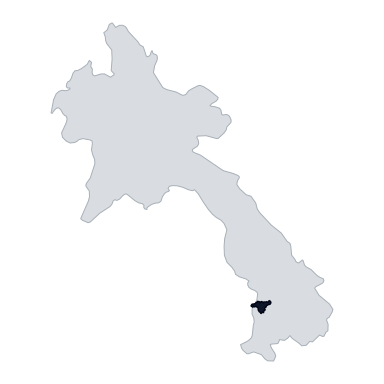 location of Sanasomboon, Champasak, Laos
{"feature_id": "54806243B13253322740036", "entity_name": "Sanasomboon", "entity_type": "district", "adm_level": 2, "iso_a3": "LAO", "parent_name": "Laos", "parent_adm1": "Champasak", "projection": "mercator", "projection_center": [105.689, 15.318], "detail": "fine", "context": "in_parent", "style": "filled", "palette": "ink", "viewbox_px": 384, "rotation_deg": 0, "n_neighbors": 0, "source": "geoboundaries", "source_scale": "gbopen_adm2", "svg_char_len": 6371}
<svg xmlns="http://www.w3.org/2000/svg" viewBox="0 0 384 384"><path d="M126.3,27.7L128.4,31.6L138.1,42.0L139.8,44.8L143.3,46.9L146.3,56.1L147.5,56.7L149.2,56.0L150.4,54.7L151.4,51.2L152.1,50.8L153.2,53.7L155.9,54.6L157.1,55.9L157.4,58.1L157.0,60.4L154.7,65.6L153.4,72.6L162.8,87.6L166.8,89.6L176.3,92.1L182.7,95.4L185.7,94.6L188.5,90.9L191.9,88.8L198.3,85.6L200.1,85.4L203.6,86.7L209.4,90.4L218.1,97.4L217.8,99.2L216.3,101.0L211.6,103.8L210.1,105.6L211.0,106.2L214.9,106.7L219.5,108.2L220.9,110.1L221.7,114.2L222.5,115.0L226.7,114.5L228.0,115.1L229.6,116.4L231.1,119.9L231.0,122.4L226.8,127.0L226.3,129.7L224.1,132.9L218.3,138.3L216.8,138.6L206.1,135.7L197.5,136.1L196.8,137.2L198.3,140.5L198.7,143.7L197.4,146.2L192.5,149.4L192.3,150.8L193.3,152.2L200.4,155.1L223.1,170.6L233.5,173.6L238.0,175.5L239.2,176.6L239.2,178.0L238.0,179.7L237.0,182.7L236.9,184.6L238.0,186.3L239.8,188.9L246.2,194.8L250.9,196.2L255.7,202.9L257.2,208.8L259.6,212.6L271.4,225.2L281.2,233.0L287.1,241.4L289.9,243.3L290.8,246.3L291.6,255.1L295.0,259.5L295.7,261.3L297.2,262.6L298.8,262.9L302.3,260.0L303.0,260.4L304.5,265.0L305.9,266.7L311.1,269.6L316.7,275.2L319.6,277.2L323.3,278.8L323.9,280.6L323.2,282.4L322.0,283.5L315.6,286.8L314.7,288.2L319.0,295.3L329.6,304.1L332.9,309.4L332.2,311.9L329.3,317.1L327.1,318.5L326.5,320.1L328.1,324.3L327.9,330.7L325.9,332.3L324.0,336.2L322.7,336.5L319.5,335.1L312.6,341.8L309.7,341.5L306.2,345.3L301.8,345.8L298.7,343.0L292.2,338.4L289.9,335.6L287.8,338.1L284.4,340.4L279.6,339.6L278.3,343.0L277.3,343.6L271.4,344.1L270.3,344.7L271.3,347.8L274.7,353.0L275.8,356.0L273.6,361.0L267.6,360.8L264.8,358.8L261.4,354.6L253.6,351.9L248.4,353.8L246.8,353.7L242.9,350.2L241.5,347.9L240.6,344.6L246.5,341.8L249.5,339.7L251.5,337.5L252.3,335.1L253.3,325.4L254.2,321.9L253.7,317.7L252.1,314.4L252.1,309.4L252.9,305.3L255.2,303.3L256.8,300.4L257.7,293.8L257.0,292.2L254.8,290.5L251.0,289.0L248.7,287.1L247.7,284.8L247.8,282.7L248.9,281.0L246.1,279.0L239.3,276.8L235.5,274.3L234.7,271.2L231.9,267.3L227.0,262.3L224.4,255.3L224.1,246.0L224.7,238.5L226.9,229.7L224.0,223.4L220.9,220.1L216.5,217.6L212.3,214.1L208.4,209.5L203.7,202.7L198.2,193.7L194.5,189.7L192.6,190.7L188.6,189.8L182.5,187.2L177.2,185.8L172.7,185.6L169.7,186.2L168.4,187.6L168.2,188.9L169.4,190.3L168.8,191.3L166.4,192.1L164.5,193.6L162.4,196.8L160.9,201.2L158.6,202.8L155.2,203.2L151.7,204.4L148.4,206.5L146.8,208.1L147.0,209.2L146.3,209.4L144.6,208.8L143.8,207.4L143.9,205.2L142.2,203.6L138.7,202.9L134.7,200.5L127.1,194.3L125.3,194.0L122.8,195.6L119.6,199.1L116.9,200.4L114.8,199.7L113.1,201.0L112.0,204.1L109.9,206.6L99.6,213.3L90.4,221.9L88.1,222.7L82.5,220.3L80.7,218.6L88.4,201.0L89.5,196.7L89.3,191.0L86.0,186.3L85.9,184.9L86.4,183.4L90.3,177.9L94.9,163.7L94.6,159.3L92.6,154.5L91.5,149.9L92.4,143.6L92.1,141.1L89.9,139.9L82.9,138.6L78.8,139.7L76.9,141.4L74.6,142.5L70.1,143.0L66.0,140.9L62.5,137.3L61.6,132.9L66.0,123.3L67.1,119.6L66.9,117.9L66.2,116.1L65.1,115.8L62.9,113.6L60.7,109.6L58.6,107.8L56.7,108.1L54.9,109.6L52.0,113.4L51.1,112.9L53.6,99.7L56.1,94.0L58.9,91.4L62.0,90.3L65.2,90.7L67.9,90.2L70.0,88.9L69.9,88.1L67.3,87.9L66.3,86.4L66.8,83.5L67.9,81.7L69.7,80.9L71.4,78.0L73.0,73.2L75.0,70.7L77.4,70.6L81.4,68.6L87.2,64.4L89.3,60.5L91.5,62.3L90.7,66.9L91.8,67.9L92.4,69.5L92.1,72.1L92.5,74.3L93.4,75.3L94.7,75.9L100.7,74.0L104.4,73.9L110.5,77.2L114.1,74.7L114.1,73.8L111.2,70.6L112.1,58.9L111.7,50.0L106.7,43.5L105.7,40.8L105.2,36.5L103.8,32.8L107.3,29.8L109.3,24.4L111.8,23.0L112.6,23.2L115.6,27.4L119.5,25.3L122.5,25.3L125.0,26.4L126.3,27.7Z" fill="#d9dde1" stroke="#a8b0b8" stroke-width="1"/><path d="M270.8,302.9L270.8,302.6L270.8,302.3L270.6,302.1L270.6,301.8L270.5,301.6L270.4,301.4L270.2,301.3L270.0,301.1L269.7,301.0L269.5,300.9L269.3,300.8L269.2,300.7L269.0,300.8L269.0,301.0L268.9,301.4L268.7,301.6L268.5,301.8L268.3,302.0L268.0,302.1L267.9,302.2L267.6,302.1L267.3,301.9L266.9,301.9L266.7,301.8L266.3,301.8L266.2,301.9L265.7,302.1L265.2,302.1L264.9,302.0L264.7,302.0L264.3,302.0L264.2,302.1L263.8,302.4L263.7,302.5L263.4,302.7L263.3,302.8L263.2,302.7L263.0,302.3L263.0,302.2L262.9,302.2L263.0,302.1L262.9,302.0L262.6,302.0L262.4,302.1L262.2,302.2L261.9,301.9L261.8,301.7L261.7,301.7L261.4,301.6L261.2,301.7L261.2,301.8L261.1,302.0L260.9,302.1L260.7,302.1L260.5,302.3L260.3,302.5L260.3,302.4L260.2,302.4L259.9,302.2L259.7,302.2L259.4,302.0L259.4,301.9L259.2,301.9L259.1,301.7L258.9,301.6L258.7,301.5L258.4,301.6L258.2,301.7L257.9,301.7L257.7,301.7L257.7,301.8L257.5,302.0L257.4,302.1L257.2,302.1L257.0,302.3L256.9,302.3L256.9,302.2L256.8,302.3L256.7,302.3L256.5,302.5L256.4,302.5L256.2,302.5L256.0,302.8L255.9,302.8L255.9,302.7L255.8,302.9L255.7,303.0L255.5,303.3L255.2,303.6L254.8,303.8L254.7,303.8L254.4,303.8L254.2,303.9L254.1,304.0L253.9,304.1L253.7,304.0L253.4,304.0L253.1,304.1L252.9,304.1L252.7,304.2L252.4,304.2L252.4,304.3L252.2,304.3L252.0,304.5L251.8,304.7L251.6,304.9L251.5,305.0L251.4,305.3L251.2,305.6L251.2,305.8L251.3,306.0L251.4,306.3L251.5,306.3L251.9,306.4L252.0,306.6L252.3,306.7L252.4,306.8L252.5,306.8L252.6,307.0L253.0,306.9L253.3,306.8L253.4,306.7L253.4,306.8L253.5,306.8L253.9,306.7L254.0,306.7L254.2,306.8L254.3,306.8L254.6,306.8L254.8,306.7L255.0,306.7L255.4,306.5L255.5,306.4L255.8,306.4L256.0,306.4L256.2,306.5L256.4,306.6L256.5,306.6L256.8,306.8L257.0,307.1L257.2,307.3L257.4,307.4L257.6,307.6L257.8,307.7L258.0,307.9L258.1,308.1L258.2,308.3L258.3,308.4L258.3,308.6L258.4,308.8L258.3,309.0L258.3,309.4L258.2,309.6L258.2,309.8L258.3,310.0L258.4,310.3L258.6,310.6L258.8,310.9L258.9,311.0L259.0,311.2L259.0,311.3L259.2,311.6L259.3,311.7L259.6,311.9L259.8,312.0L260.0,312.2L260.1,312.3L260.3,312.3L260.5,312.5L260.7,312.8L260.7,313.1L260.8,313.2L260.9,313.3L261.1,313.4L262.1,312.5L262.4,312.3L262.4,312.2L262.5,312.2L262.6,312.3L263.1,312.5L263.5,312.5L263.7,311.6L263.7,311.4L263.9,311.1L264.0,310.9L264.2,310.6L264.3,310.5L264.4,310.4L264.7,310.2L265.0,310.0L265.1,309.9L265.1,309.7L264.8,309.4L264.7,309.2L264.7,308.6L264.6,308.2L264.7,307.9L264.8,307.9L265.0,307.6L265.5,307.3L266.2,306.8L266.2,306.7L266.2,306.4L266.2,306.1L266.3,306.0L266.3,305.9L266.4,305.7L266.5,305.6L266.8,305.5L266.9,305.4L267.1,305.3L268.0,304.8L268.1,304.7L268.3,304.6L268.5,304.6L268.8,304.6L269.1,304.4L269.4,304.4L269.5,304.4L269.8,304.3L270.0,304.2L270.2,303.9L270.3,303.8L270.6,303.3L270.7,303.1L270.8,302.9Z" fill="#0f172a" stroke="#020617" stroke-width="1.5"/></svg>